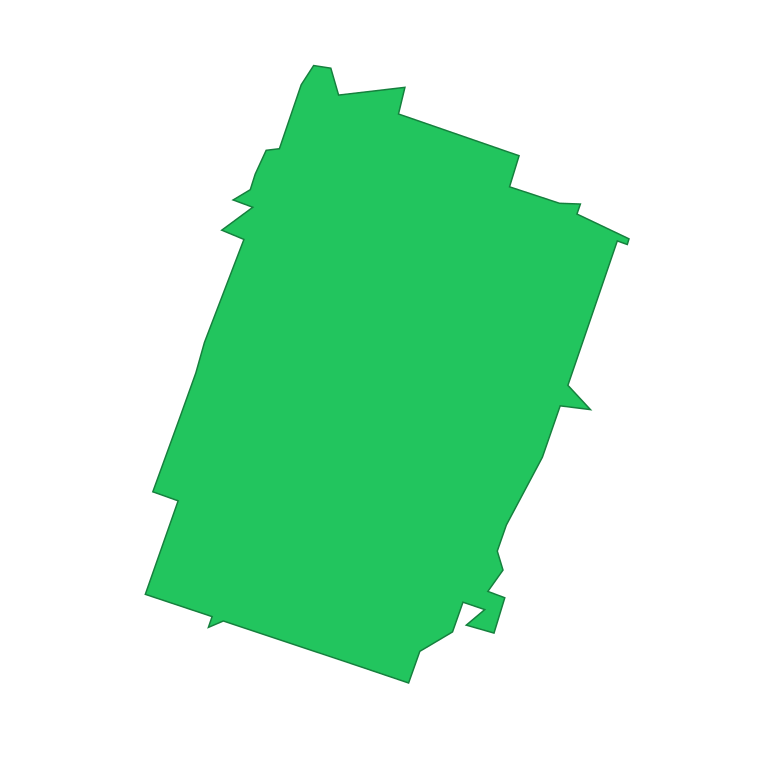 the district of Gordon, Georgia, United States of America, rotated 109°
{"feature_id": "52423323B80353605077472", "entity_name": "Gordon", "entity_type": "district", "adm_level": 2, "iso_a3": "USA", "parent_name": "United States of America", "parent_adm1": "Georgia", "projection": "equal_earth", "projection_center": [-84.883, 34.509], "detail": "fine", "context": "isolated", "style": "filled", "palette": "green", "viewbox_px": 768, "rotation_deg": 109, "n_neighbors": 0, "source": "geoboundaries", "source_scale": "gbopen_adm2", "svg_char_len": 758}
<svg xmlns="http://www.w3.org/2000/svg" viewBox="0 0 768 768"><g transform="rotate(109 384 384)"><path d="M660.6,541.2L659.9,470.8L671.3,470.8L660.4,458.8L659.0,319.1L658.7,263.4L625.1,263.1L596.1,238.5L564.6,238.3L564.5,215.3L585.2,227.7L583.7,198.9L546.8,200.2L546.3,218.3L521.2,210.9L505.1,222.5L477.5,222.4L401.7,210.4L347.3,210.3L341.0,180.5L325.4,209.7L172.8,210.0L172.9,199.4L167.0,199.6L160.5,256.9L149.9,256.9L156.0,276.9L156.7,329.5L124.2,330.6L124.0,458.2L96.7,460.8L125.6,521.0L102.7,537.1L105.8,554.2L128.0,559.7L195.6,559.5L201.4,571.5L227.5,574.1L243.8,573.7L259.1,586.6L259.6,565.6L291.4,587.5L292.9,563.5L403.1,567.3L434.8,565.5L481.5,566.1L561.2,567.5L561.5,540.6L660.6,541.2Z" fill="#22c55e" stroke="#15803d" stroke-width="1.5"/></g></svg>